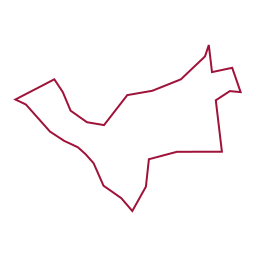 an SVG outline of Garkalnes
{"feature_id": "LVA-5760", "entity_name": "Garkalnes", "entity_type": "Municipality", "adm_level": 1, "iso_a3": "LVA", "parent_name": "Latvia", "parent_adm1": "", "projection": "orthographic", "projection_center": [24.371, 57.025], "detail": "fine", "context": "isolated", "style": "outline", "palette": "rose", "viewbox_px": 256, "rotation_deg": 0, "n_neighbors": 0, "source": "natural_earth", "source_scale": "10m", "svg_char_len": 464}
<svg xmlns="http://www.w3.org/2000/svg" viewBox="0 0 256 256"><path d="M103.5,185.7L93.6,163.2L85.4,154.0L77.9,147.3L64.2,140.9L50.0,131.6L25.9,104.5L15.4,99.5L54.3,79.3L62.8,92.1L70.6,110.7L86.9,122.2L104.0,125.1L127.3,95.1L152.2,90.8L180.9,79.3L205.0,56.4L208.8,45.0L212.0,72.1L232.2,67.8L240.6,92.1L229.8,91.1L215.8,100.3L221.9,151.7L176.9,151.8L148.9,159.2L145.9,186.7L132.3,211.0L121.3,198.2L103.5,185.7Z" fill="none" stroke="#9f1239" stroke-width="2"/></svg>